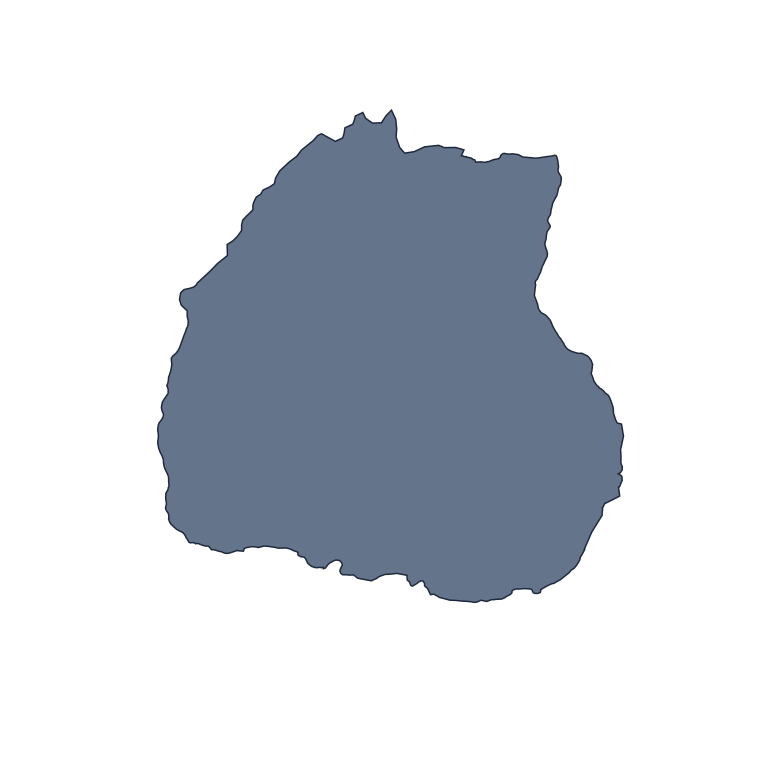 the district of Konawe Kepulauan, Sulawesi Tenggara, Indonesia, rotated 65°
{"feature_id": "22746128B22870517920414", "entity_name": "Konawe Kepulauan", "entity_type": "district", "adm_level": 2, "iso_a3": "IDN", "parent_name": "Indonesia", "parent_adm1": "Sulawesi Tenggara", "projection": "robinson", "projection_center": [123.119, -4.119], "detail": "fine", "context": "isolated", "style": "filled", "palette": "slate", "viewbox_px": 768, "rotation_deg": 65, "n_neighbors": 0, "source": "geoboundaries", "source_scale": "gbopen_adm2", "svg_char_len": 6158}
<svg xmlns="http://www.w3.org/2000/svg" viewBox="0 0 768 768"><g transform="rotate(65 384 384)"><path d="M263.8,136.0L260.7,133.9L254.9,132.1L251.2,131.4L249.6,131.6L248.7,132.9L248.3,135.6L247.1,139.2L244.1,149.3L243.0,151.9L241.3,154.7L237.0,162.2L232.9,165.3L229.7,170.2L228.9,172.6L227.9,174.6L226.6,176.5L225.7,177.7L225.5,179.3L226.1,181.6L227.6,183.0L228.2,185.1L226.9,190.1L226.8,193.1L226.6,195.5L226.0,196.7L226.0,198.6L223.6,202.3L221.7,207.2L219.4,207.0L218.5,207.7L218.3,208.4L216.4,209.2L214.6,211.3L213.6,212.9L212.7,213.3L212.3,214.6L211.0,215.6L209.9,217.4L205.6,212.6L199.9,219.1L195.3,229.4L190.8,233.6L186.2,247.0L186.2,258.4L183.5,267.7L176.2,269.8L165.3,268.7L158.0,264.6L149.0,261.5L139.0,261.5L141.7,268.7L146.2,276.0L142.6,284.3L135.3,288.4L129.0,288.4L129.0,296.7L132.1,299.2L135.3,302.5L135.3,311.1L139.9,314.2L143.5,317.4L143.5,325.6L130.8,334.9L130.8,339.1L133.5,345.3L137.1,359.8L140.8,367.0L142.7,375.9L146.8,388.5L151.6,395.3L156.1,398.6L157.1,404.2L157.1,411.5L159.9,415.6L160.6,420.7L164.1,425.1L166.5,427.2L170.7,429.2L173.5,436.8L173.4,436.9L175.8,442.8L179.6,445.8L184.7,448.2L188.3,454.6L190.4,460.4L191.3,467.2L201.4,471.6L204.4,483.9L208.0,493.2L213.3,509.6L213.3,510.0L215.1,512.6L215.7,515.9L215.2,519.5L213.9,525.4L215.4,529.7L221.1,533.7L227.1,534.4L234.5,531.4L239.3,533.7L245.3,535.1L245.7,535.8L246.5,535.9L249.1,537.9L250.2,539.5L252.8,541.9L255.2,544.5L262.9,552.1L264.9,554.2L266.7,556.6L268.2,559.5L269.5,563.9L270.8,565.9L272.9,566.8L275.5,567.6L277.6,568.6L282.1,571.9L285.3,574.8L286.7,576.3L289.4,577.8L291.8,579.5L293.6,581.5L297.5,581.8L301.2,583.6L302.3,585.3L305.5,590.7L306.9,592.6L309.1,594.3L311.3,595.7L313.7,596.3L316.2,596.6L318.3,596.6L320.2,597.9L321.9,600.0L323.1,602.0L324.1,604.2L325.8,605.9L328.4,607.6L330.4,608.7L333.6,609.6L336.3,610.7L341.5,613.9L344.3,614.7L347.4,615.4L350.6,615.7L353.5,615.6L356.5,615.6L359.6,616.0L362.4,617.2L366.3,618.2L369.1,618.4L372.9,618.3L376.6,618.4L379.7,619.6L381.5,620.5L384.3,621.4L385.9,622.3L386.9,623.4L388.5,624.4L390.2,627.0L391.2,628.1L393.0,628.9L394.3,629.7L397.0,630.8L399.1,631.2L401.4,632.3L402.3,633.1L404.2,634.5L405.6,634.7L407.4,634.7L409.9,634.2L412.1,634.5L414.0,635.4L415.3,636.3L418.5,636.6L421.0,636.3L424.1,635.1L428.1,633.4L429.3,632.4L431.2,631.1L432.6,629.9L434.2,628.9L436.2,628.4L437.7,628.2L439.8,628.3L442.1,627.9L445.1,627.6L446.0,626.8L447.3,623.6L448.6,622.6L449.2,622.3L449.4,621.0L450.4,619.5L453.6,616.5L454.4,615.5L455.3,614.5L456.5,612.1L457.8,611.2L461.3,610.4L462.0,608.7L463.1,607.3L466.2,603.9L467.2,602.3L468.8,601.0L470.4,599.3L471.4,597.3L471.9,595.5L472.9,587.1L473.5,586.7L476.1,582.1L474.0,580.0L474.2,577.8L474.9,575.0L475.4,572.8L477.7,568.7L479.0,567.3L479.1,566.0L479.3,565.8L479.8,563.1L480.2,561.1L482.5,557.1L485.8,552.1L487.9,549.5L489.2,546.7L491.3,541.9L492.8,540.1L493.7,538.9L496.8,536.5L498.8,534.3L500.2,533.1L501.9,534.1L503.4,534.0L504.5,533.0L505.5,532.3L506.5,530.5L507.3,529.5L509.1,528.9L512.9,528.9L514.6,528.8L518.6,526.8L521.1,524.2L522.2,522.4L522.9,520.0L523.3,519.3L524.1,518.3L524.5,516.6L525.8,517.0L526.0,514.7L525.1,513.3L524.7,512.3L524.0,511.1L523.4,509.1L523.2,507.8L523.2,506.5L523.0,504.9L523.0,503.3L523.4,501.7L524.6,499.6L525.9,498.6L527.7,498.0L529.4,498.0L531.0,498.7L532.0,500.3L533.5,501.9L534.8,503.0L537.2,503.2L539.3,502.2L541.2,498.4L542.4,496.4L544.2,492.3L548.9,489.9L557.0,478.7L557.1,472.5L556.6,470.7L556.6,467.9L557.0,463.8L557.5,462.2L558.4,460.3L560.4,454.7L560.8,452.9L565.3,446.5L567.1,444.1L571.6,445.8L574.0,444.6L575.7,444.6L577.1,444.9L578.1,444.6L578.9,444.1L579.2,443.4L578.7,438.3L578.1,436.2L578.1,433.3L579.2,431.8L580.9,431.6L582.5,431.7L583.4,432.3L584.7,432.4L586.1,431.6L587.7,431.0L589.8,430.9L594.5,430.9L594.8,430.6L595.2,428.7L595.6,427.6L598.1,425.8L599.1,424.9L600.6,424.2L607.8,415.6L610.6,410.2L614.2,404.2L615.8,401.1L618.0,397.4L620.1,394.3L620.9,392.2L621.0,387.4L624.5,382.8L625.0,377.1L625.8,376.0L626.4,373.7L627.5,371.1L628.6,368.3L628.7,366.6L628.7,364.4L628.3,363.2L628.2,359.0L627.5,356.7L627.3,356.3L625.5,355.3L625.3,354.1L625.3,352.7L625.6,350.8L626.8,348.5L628.7,343.4L630.4,340.1L632.0,337.5L633.3,336.8L633.9,336.8L634.4,337.0L635.5,337.0L636.5,336.8L637.2,336.2L638.1,334.7L638.8,333.2L639.0,330.4L637.7,329.4L636.8,329.1L636.3,326.3L635.9,320.1L635.9,318.0L636.0,315.9L636.5,314.4L636.2,311.6L635.9,306.9L633.2,295.8L631.8,293.1L631.4,289.7L629.7,286.1L627.0,282.0L626.0,280.8L623.8,279.2L622.5,276.9L618.7,272.0L618.4,272.3L606.1,258.4L595.2,241.8L592.1,240.3L591.2,239.5L589.5,238.7L588.9,238.4L588.8,238.5L588.5,238.0L585.4,234.2L585.7,233.9L585.2,217.8L583.2,217.1L576.6,215.1L576.8,214.2L575.9,213.0L574.5,211.7L572.2,209.0L568.9,207.6L568.1,207.5L567.5,207.6L565.9,208.5L564.9,209.1L564.5,209.7L564.2,209.6L564.4,208.1L564.1,207.0L562.6,204.5L561.7,204.0L559.7,203.0L557.6,202.9L555.4,202.6L550.1,199.9L543.4,197.3L532.5,189.0L520.7,185.7L518.4,188.5L517.8,189.1L515.0,189.2L512.8,189.1L509.8,188.6L508.0,188.5L504.0,187.0L503.4,186.9L502.4,186.3L494.9,185.4L490.9,185.3L489.0,185.5L485.9,187.2L482.9,188.0L480.0,189.4L478.9,190.5L477.0,190.7L475.9,191.5L470.7,192.5L465.0,191.9L461.9,191.8L459.9,190.0L458.3,189.2L457.5,188.4L455.8,187.7L454.6,186.7L450.5,186.3L448.6,186.5L445.7,187.2L443.9,188.2L441.3,190.5L440.2,191.2L439.6,192.0L439.2,193.0L437.9,195.6L434.0,199.9L430.7,202.5L427.9,203.7L425.3,204.0L422.9,204.0L420.3,204.5L417.8,204.7L415.0,205.5L410.6,205.9L409.1,206.2L405.9,206.5L401.8,206.6L397.7,206.4L395.5,206.6L391.5,207.8L389.6,208.6L385.9,211.3L382.9,212.0L380.6,212.1L376.5,211.1L371.0,210.6L368.8,210.5L367.4,210.3L365.6,209.3L359.4,205.5L358.3,204.6L356.5,204.5L354.5,202.8L353.7,200.6L350.7,197.4L349.0,195.0L344.5,191.0L342.3,188.2L340.5,186.2L338.5,183.5L337.3,182.2L335.3,180.9L331.7,180.0L329.3,179.9L325.1,179.1L323.4,177.9L321.1,175.8L318.5,174.4L314.8,171.7L314.1,170.4L312.0,167.1L310.8,166.5L309.4,166.7L305.8,166.8L304.8,166.5L304.1,166.0L302.1,163.7L300.9,161.7L298.4,159.9L296.7,159.0L295.7,158.0L291.1,154.4L286.2,147.7L279.7,142.5L278.2,140.0L273.7,137.0L272.1,136.2L270.4,136.0L265.6,136.4L263.8,136.0Z" fill="#64748b" stroke="#1e293b" stroke-width="1.5"/></g></svg>